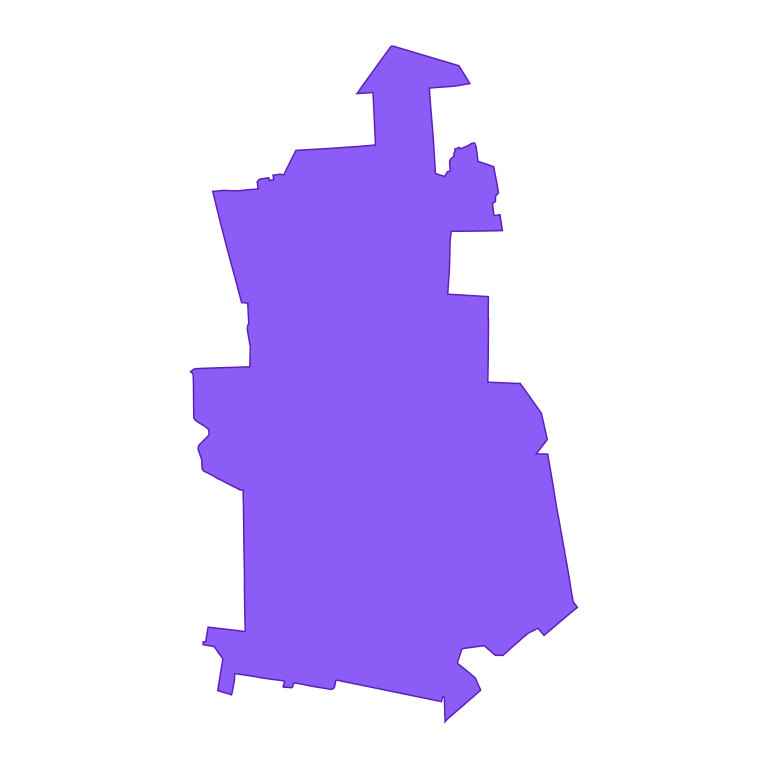 Chirnogeni, Constanta, Romania
{"feature_id": "2599482B22610394630164", "entity_name": "Chirnogeni", "entity_type": "district", "adm_level": 2, "iso_a3": "ROU", "parent_name": "Romania", "parent_adm1": "Constanta", "projection": "orthographic", "projection_center": [28.21, 43.932], "detail": "fine", "context": "isolated", "style": "filled", "palette": "violet", "viewbox_px": 768, "rotation_deg": 0, "n_neighbors": 0, "source": "geoboundaries", "source_scale": "gbopen_adm2", "svg_char_len": 5479}
<svg xmlns="http://www.w3.org/2000/svg" viewBox="0 0 768 768"><path d="M212.7,191.4L214.1,196.8L218.0,213.0L218.8,216.0L220.7,224.0L222.1,229.2L225.4,242.0L229.9,259.0L232.4,268.1L235.0,277.6L237.2,286.1L237.7,287.8L238.7,291.6L241.6,302.6L241.9,302.6L248.0,303.2L248.0,304.0L247.8,304.6L248.1,310.4L248.5,317.9L248.5,318.0L248.8,323.2L248.0,325.1L247.6,326.2L247.4,327.2L247.3,328.1L247.3,329.3L247.7,331.7L250.0,345.0L250.2,345.5L250.3,347.0L250.1,354.7L249.8,366.8L222.5,367.7L201.4,368.4L195.5,368.7L194.8,368.8L192.9,369.8L190.6,371.8L192.7,373.4L193.1,374.4L193.3,377.4L193.5,388.2L193.6,404.0L193.7,410.7L193.8,417.7L194.7,419.6L197.8,422.1L201.0,424.0L204.4,426.0L208.2,429.1L208.9,430.4L209.0,434.5L208.1,436.0L202.5,441.6L199.1,445.0L198.6,446.1L198.3,447.1L198.1,449.2L200.3,455.7L201.6,459.2L201.7,459.8L202.1,468.3L202.6,469.7L203.4,470.7L204.4,471.4L211.9,475.1L217.0,478.1L219.1,479.5L219.6,479.3L222.7,481.0L227.3,483.4L233.8,486.7L240.4,490.0L243.4,490.1L243.5,490.3L243.1,492.2L243.1,493.3L243.2,496.5L243.4,503.7L243.6,519.2L243.7,526.4L243.9,544.3L244.1,555.8L244.3,565.6L244.3,565.8L244.4,570.2L244.5,580.9L244.4,587.2L244.4,587.4L244.8,611.9L244.9,617.7L245.1,624.7L245.2,631.5L243.9,631.4L238.8,630.7L238.7,630.7L209.3,627.3L208.1,627.2L207.3,631.7L205.7,641.8L203.3,641.7L203.0,644.6L205.3,645.0L213.5,646.5L214.2,646.6L216.3,649.6L218.7,653.1L222.3,658.0L222.8,659.4L221.1,669.6L217.7,690.6L217.8,690.6L224.6,692.7L231.5,694.8L231.9,693.7L233.2,686.8L234.5,680.0L234.7,673.7L235.2,673.7L243.6,674.9L252.8,676.2L255.8,676.8L261.4,677.8L266.6,678.6L270.6,679.1L274.8,679.7L279.3,680.2L281.6,680.6L284.1,681.0L284.5,681.3L284.6,681.5L284.4,682.3L283.8,684.3L283.2,686.0L283.1,686.5L283.1,686.8L283.3,687.1L283.5,687.2L284.2,687.3L285.1,687.3L285.6,687.3L286.4,687.3L286.5,687.3L287.2,687.3L290.5,687.7L291.4,687.7L292.0,687.5L292.4,687.2L292.7,686.7L293.0,685.1L293.3,684.1L293.5,683.5L293.8,683.3L294.2,683.1L294.6,683.1L295.6,683.1L296.1,683.2L298.1,683.5L300.0,683.8L312.0,686.3L314.0,686.6L324.5,688.3L331.2,689.4L332.1,689.2L333.1,688.7L333.6,688.3L334.2,687.5L334.6,686.7L335.8,680.3L337.6,680.3L392.2,691.5L430.6,699.4L441.4,701.6L442.8,696.4L443.2,696.4L443.7,696.7L444.1,697.1L444.2,697.6L444.4,698.1L444.4,699.5L444.5,701.9L444.7,709.0L444.8,714.9L445.0,717.7L445.1,721.8L445.8,720.9L446.5,720.1L447.3,719.3L448.3,718.3L449.4,717.4L450.0,716.8L450.8,716.1L452.4,714.8L453.8,713.6L455.7,711.9L457.9,710.0L460.0,708.2L461.5,706.9L464.0,704.8L466.3,702.7L470.2,699.3L472.9,697.1L474.7,695.4L477.1,693.3L480.7,690.2L478.8,685.9L476.7,681.1L476.6,680.7L476.4,680.2L476.2,680.0L476.1,679.7L475.3,678.1L474.8,677.5L473.9,676.7L471.8,675.0L468.8,672.4L464.0,668.5L458.1,663.9L457.5,662.9L457.5,662.3L459.8,655.5L461.6,649.7L462.0,649.2L463.4,648.6L464.5,648.3L468.5,647.8L476.2,646.7L481.2,646.1L483.0,645.9L484.2,645.7L487.0,648.1L495.3,655.3L495.8,655.3L502.4,655.4L503.1,655.2L504.8,653.8L510.5,648.5L519.7,640.5L523.3,637.1L525.1,635.8L526.0,635.1L526.4,634.7L527.1,634.2L527.8,633.6L528.8,632.8L529.4,632.5L530.2,632.1L532.0,631.3L534.1,630.3L535.3,629.6L536.9,628.7L537.9,628.2L538.0,628.3L539.2,629.8L540.5,631.2L541.7,632.6L542.9,634.1L543.4,634.7L544.0,635.4L569.4,613.9L574.5,609.7L577.4,607.5L576.1,605.6L574.7,603.8L574.1,602.9L573.2,602.6L573.1,601.3L572.2,596.4L571.4,591.8L571.0,589.1L570.5,586.1L570.3,584.8L570.1,583.6L569.2,578.0L568.4,573.1L566.6,562.6L564.7,552.5L564.7,550.9L564.6,550.7L564.6,550.2L564.2,549.2L561.7,535.3L560.6,529.2L558.6,517.8L557.9,514.7L555.2,498.7L552.7,483.1L547.7,454.1L542.7,454.0L536.8,453.9L536.2,453.9L538.0,451.6L547.3,439.5L545.1,429.7L541.4,413.3L541.0,412.7L530.6,398.0L520.1,383.3L518.1,383.5L503.0,382.8L487.8,382.2L488.2,358.3L488.3,345.2L488.5,318.5L488.2,317.9L488.4,296.6L447.8,294.2L447.8,292.4L449.4,269.8L449.8,255.9L450.1,241.1L451.2,231.2L458.5,231.2L458.4,231.3L464.9,231.2L482.0,231.0L492.2,230.8L502.4,230.6L501.2,222.6L500.0,214.7L494.5,215.6L493.8,214.7L492.8,206.1L492.6,203.2L495.4,201.6L495.6,196.2L498.5,192.8L497.2,185.0L493.7,166.7L488.7,165.0L481.0,162.3L478.0,161.4L476.2,147.1L475.4,144.8L474.9,143.6L474.6,143.0L472.7,143.1L471.4,143.5L469.9,144.6L467.5,145.9L462.4,148.0L461.4,148.7L460.9,148.7L460.2,148.3L459.3,147.4L458.4,147.6L456.5,148.7L455.7,148.9L455.2,148.7L454.9,150.7L454.6,152.1L454.0,153.1L453.9,155.9L453.4,156.8L451.8,157.9L450.2,159.6L449.6,161.3L449.7,164.6L450.2,170.9L447.4,171.7L444.6,176.4L440.1,175.0L435.6,173.6L435.4,172.5L433.7,145.0L433.2,137.3L430.6,105.9L430.0,97.6L429.3,88.1L438.7,87.3L450.7,86.5L456.5,85.9L463.6,84.6L466.0,84.2L469.8,83.6L468.5,81.5L467.7,79.9L464.7,75.1L462.1,71.0L459.4,66.7L459.3,66.4L459.2,65.9L458.8,65.7L448.0,62.5L438.0,59.5L432.9,58.0L426.3,56.0L420.9,54.4L415.5,52.8L404.1,49.4L393.4,46.2L392.2,46.1L391.1,46.3L384.0,56.0L377.2,65.4L368.5,77.5L367.4,79.0L366.0,80.9L361.1,87.7L360.1,89.1L359.5,90.1L359.0,90.9L358.2,92.1L357.3,93.1L356.9,93.6L361.9,93.3L368.9,92.8L373.0,92.5L374.1,114.9L374.1,115.1L374.6,125.9L375.5,145.0L356.3,146.6L350.5,147.0L333.0,148.2L332.9,148.2L327.4,148.6L316.7,149.2L306.1,149.8L295.9,150.4L291.3,159.6L288.4,165.5L283.7,175.0L281.7,174.5L280.9,174.2L278.6,174.3L277.8,174.8L275.3,174.9L273.0,175.2L273.7,179.4L269.4,180.7L268.8,177.8L263.7,178.5L259.9,179.1L258.5,180.1L258.0,181.5L257.2,181.7L258.1,189.0L254.5,189.3L250.8,189.5L245.9,190.0L238.7,190.8L230.6,190.6L224.6,190.5L224.5,190.3L221.5,190.6L212.9,191.4L212.7,191.4Z" fill="#8b5cf6" stroke="#5b21b6" stroke-width="1.5"/></svg>